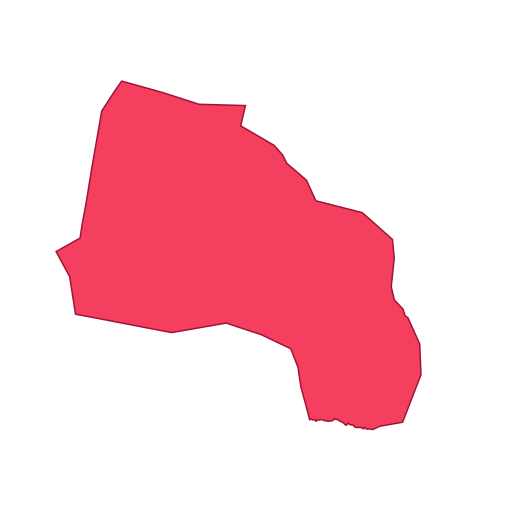 outline of Bayan-O'njuul, Töv, Mongolia, rotated 197°
{"feature_id": "93677404B80722080120320", "entity_name": "Bayan-O'njuul", "entity_type": "district", "adm_level": 2, "iso_a3": "MNG", "parent_name": "Mongolia", "parent_adm1": "Töv", "projection": "robinson", "projection_center": [105.656, 46.921], "detail": "fine", "context": "isolated", "style": "filled", "palette": "rose", "viewbox_px": 512, "rotation_deg": 197, "n_neighbors": 0, "source": "geoboundaries", "source_scale": "gbopen_adm2", "svg_char_len": 2663}
<svg xmlns="http://www.w3.org/2000/svg" viewBox="0 0 512 512"><g transform="rotate(197 256 256)"><path d="M310.0,396.4L310.0,396.8L355.0,384.4L392.7,385.0L392.8,385.0L435.6,384.0L439.7,371.3L445.9,349.5L443.0,326.4L438.6,291.0L434.2,259.0L431.6,236.1L429.5,221.7L448.5,201.8L428.1,181.7L411.6,147.6L339.1,155.4L314.3,158.1L265.0,183.1L228.2,182.3L195.7,177.5L183.2,161.7L175.1,144.4L163.6,126.2L156.9,115.2L156.6,115.3L156.3,115.4L156.1,115.5L155.8,115.7L155.6,115.9L155.3,116.1L155.1,116.1L154.8,116.1L154.6,116.0L154.2,115.8L153.9,115.8L153.6,115.8L153.4,116.0L153.1,116.2L152.8,116.4L152.4,116.6L152.1,116.7L151.9,116.7L151.6,116.5L151.3,116.3L151.1,116.0L151.0,115.9L150.8,115.7L150.7,115.6L150.3,115.6L150.1,115.7L150.0,115.9L149.8,116.2L149.8,116.6L149.6,116.9L149.2,117.1L148.7,117.3L148.1,117.4L147.6,117.6L147.1,117.8L146.7,118.0L146.3,118.4L145.9,118.7L145.4,118.7L144.9,118.8L144.2,118.7L143.5,118.7L143.0,118.6L142.5,118.7L142.1,118.5L141.8,118.5L141.5,118.6L141.1,118.9L140.6,119.3L140.3,119.4L140.0,119.2L139.6,118.9L139.2,118.9L138.8,119.0L138.4,119.3L137.8,119.5L137.0,119.9L135.9,120.3L135.1,120.6L134.6,121.2L134.1,121.8L133.9,122.1L133.7,122.6L133.6,123.0L133.4,123.5L133.0,123.6L132.6,123.4L132.2,123.2L131.8,123.0L131.3,123.0L131.0,123.3L130.7,123.7L130.3,123.7L130.0,123.6L129.8,123.5L129.4,123.1L128.9,123.0L128.6,123.0L128.1,123.0L127.6,122.6L127.2,122.5L126.8,122.4L126.3,122.5L125.9,122.6L125.5,122.7L125.0,122.3L124.7,122.1L124.0,121.9L123.5,121.8L123.0,121.6L122.5,121.4L122.1,121.1L121.6,120.8L121.2,120.8L120.7,120.6L120.4,120.6L120.1,120.7L119.8,120.9L119.6,121.3L119.5,121.7L119.5,122.5L119.4,122.8L119.0,122.9L118.6,122.9L118.3,122.8L117.9,122.8L117.7,122.7L117.5,122.4L117.3,122.3L117.1,122.1L116.8,122.1L116.3,122.2L115.9,122.3L115.5,122.5L115.1,122.5L114.8,122.7L114.4,122.7L114.0,122.6L113.5,122.5L112.7,122.1L112.2,121.7L111.7,121.5L110.9,121.2L110.1,121.3L109.3,121.4L108.3,121.8L107.8,122.0L107.6,122.2L107.3,122.3L106.9,122.3L106.7,122.3L106.5,122.5L106.2,122.5L105.9,122.6L105.7,122.7L105.5,122.8L105.1,122.9L104.8,122.9L104.5,122.7L104.3,122.4L104.1,122.3L103.7,122.3L103.4,122.3L103.1,122.2L102.7,122.2L102.4,122.3L102.3,122.5L102.2,122.7L102.2,123.1L102.2,123.5L102.0,123.8L101.9,123.8L100.9,123.7L100.6,123.6L100.3,123.4L100.2,123.1L99.8,123.0L99.5,122.9L99.2,122.9L98.9,123.0L98.7,123.0L98.0,123.4L97.4,123.7L93.6,124.2L87.8,129.4L67.2,139.9L63.5,190.7L66.4,198.9L73.7,219.7L92.6,241.3L96.0,242.5L99.9,248.2L110.9,254.5L117.7,266.1L123.1,294.1L130.3,311.7L167.0,328.5L214.9,326.3L230.0,343.3L253.6,353.6L260.1,360.4L271.1,367.1L308.7,376.0L310.0,396.4Z" fill="#f43f5e" stroke="#9f1239" stroke-width="1.5"/></g></svg>